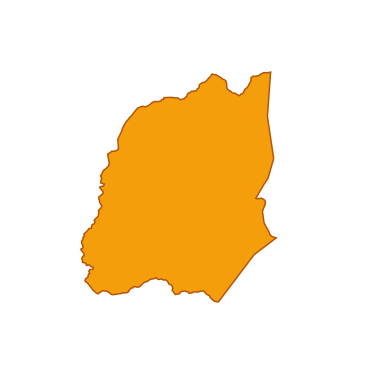 Feira Nova do Maranhão, Maranhão, Brazil, rotated 317°
{"feature_id": "56859067B35499253028510", "entity_name": "Feira Nova do Maranhão", "entity_type": "district", "adm_level": 2, "iso_a3": "BRA", "parent_name": "Brazil", "parent_adm1": "Maranhão", "projection": "orthographic", "projection_center": [-46.651, -7.006], "detail": "fine", "context": "isolated", "style": "filled", "palette": "amber", "viewbox_px": 384, "rotation_deg": 317, "n_neighbors": 0, "source": "geoboundaries", "source_scale": "gbopen_adm2", "svg_char_len": 3286}
<svg xmlns="http://www.w3.org/2000/svg" viewBox="0 0 384 384"><g transform="rotate(317 192 192)"><path d="M136.3,290.4L194.7,280.2L219.4,282.7L222.3,283.0L220.6,280.1L219.7,277.0L221.5,272.6L221.9,270.4L222.7,267.0L223.8,263.5L230.3,254.2L235.2,251.8L237.3,250.8L239.3,248.9L239.5,246.6L238.6,244.0L237.2,242.8L235.0,241.5L234.3,240.2L248.9,235.7L256.8,233.9L274.6,223.2L291.7,198.3L297.7,189.6L298.5,188.3L328.7,160.3L331.3,158.0L329.9,157.1L328.6,156.4L327.4,155.1L325.7,153.6L324.2,153.1L322.3,152.5L320.4,152.5L317.2,150.6L315.5,148.9L313.2,148.6L311.6,150.3L310.2,151.3L307.7,151.9L305.3,152.9L303.1,153.2L300.7,153.0L299.1,153.6L297.5,154.3L295.9,154.4L294.4,153.7L292.5,154.0L291.5,151.9L290.9,149.2L289.0,146.9L289.1,144.9L288.3,143.1L288.1,140.2L289.8,138.0L291.4,136.2L292.5,133.8L292.3,132.2L291.5,130.5L291.2,128.2L290.1,124.6L289.4,122.4L288.0,121.1L287.2,119.4L285.7,119.7L284.0,120.2L281.6,120.1L279.7,120.4L277.6,120.5L275.3,120.1L274.3,119.0L272.3,118.8L270.4,118.6L269.1,119.8L267.8,120.6L266.3,120.2L264.3,120.9L262.7,119.8L261.3,118.8L260.1,117.9L258.1,117.9L256.7,117.1L254.8,117.6L253.1,118.5L251.5,118.3L249.8,118.5L248.2,117.4L246.3,116.6L245.9,113.7L244.2,112.1L243.2,111.0L242.4,109.7L241.0,108.4L238.7,106.2L237.3,105.2L235.9,103.9L234.4,104.7L232.8,103.8L231.2,104.3L229.1,103.0L227.1,101.0L226.0,100.0L224.0,99.5L222.1,99.3L220.5,99.4L218.6,98.9L215.9,97.9L214.5,95.8L212.7,94.7L211.2,94.3L209.8,93.6L206.2,93.9L204.2,94.2L201.8,94.6L200.3,94.9L198.2,94.9L191.1,95.9L187.1,97.1L184.7,98.0L183.2,99.0L181.4,99.9L179.6,100.5L175.3,102.2L173.8,102.7L170.7,106.6L167.5,110.4L164.8,110.2L162.9,109.1L161.1,107.5L158.5,107.3L156.3,106.7L152.5,112.3L151.5,114.2L148.7,116.0L145.7,116.2L141.6,115.8L138.1,117.5L136.0,117.8L135.7,119.7L134.3,120.9L131.4,123.0L133.3,126.4L131.2,127.4L129.6,126.1L127.7,125.5L127.3,127.7L127.3,130.8L126.1,132.4L120.5,132.1L119.3,133.2L118.9,134.6L117.7,136.0L116.8,139.1L116.8,140.6L113.9,141.8L112.5,141.6L110.8,141.7L110.1,143.4L108.1,144.8L106.7,145.8L104.4,145.8L102.9,145.7L101.1,146.1L100.6,147.9L98.7,148.5L96.8,147.8L95.1,148.6L93.6,150.0L91.9,148.5L89.5,148.9L87.4,149.0L84.2,149.1L83.5,150.9L81.3,150.8L80.1,152.2L77.6,152.8L76.3,154.4L75.6,156.9L73.9,158.5L71.6,158.0L71.2,160.8L71.0,163.1L69.7,165.0L68.1,164.6L66.2,165.3L65.2,167.3L63.9,168.8L65.7,171.4L64.8,173.8L67.1,175.3L67.4,178.0L68.4,179.8L66.9,180.9L65.3,179.9L64.2,178.9L62.5,179.6L61.7,181.6L60.0,181.5L57.8,183.3L55.1,182.9L53.3,183.7L53.0,185.3L53.5,187.3L53.3,190.0L53.1,192.3L52.9,193.9L52.7,195.9L52.9,198.3L53.1,200.7L53.7,202.3L56.7,202.8L59.2,203.3L62.1,206.5L62.9,209.2L63.1,211.3L63.6,212.8L64.9,213.5L66.1,214.7L68.5,216.1L71.0,218.0L72.5,218.6L75.7,221.2L77.3,221.7L79.7,220.9L81.9,220.8L83.4,221.8L85.2,221.6L87.0,224.2L88.9,225.5L92.2,225.6L94.0,225.5L96.0,225.6L97.5,226.7L99.6,227.1L102.0,227.4L105.0,229.4L107.2,230.0L107.7,233.1L110.2,234.6L110.8,236.4L113.1,238.8L113.2,240.3L112.9,241.8L112.3,243.4L113.6,246.2L112.4,249.3L110.4,250.4L110.1,253.3L109.8,255.5L112.1,257.0L113.2,257.9L115.6,257.3L119.0,259.2L120.8,262.2L120.7,264.1L123.4,265.8L125.6,266.6L128.1,269.2L130.0,270.1L132.4,271.5L133.0,273.3L132.9,276.7L134.1,279.8L133.2,281.9L133.6,285.7L134.0,287.4L136.3,290.4Z" fill="#f59e0b" stroke="#b45309" stroke-width="1.5"/></g></svg>